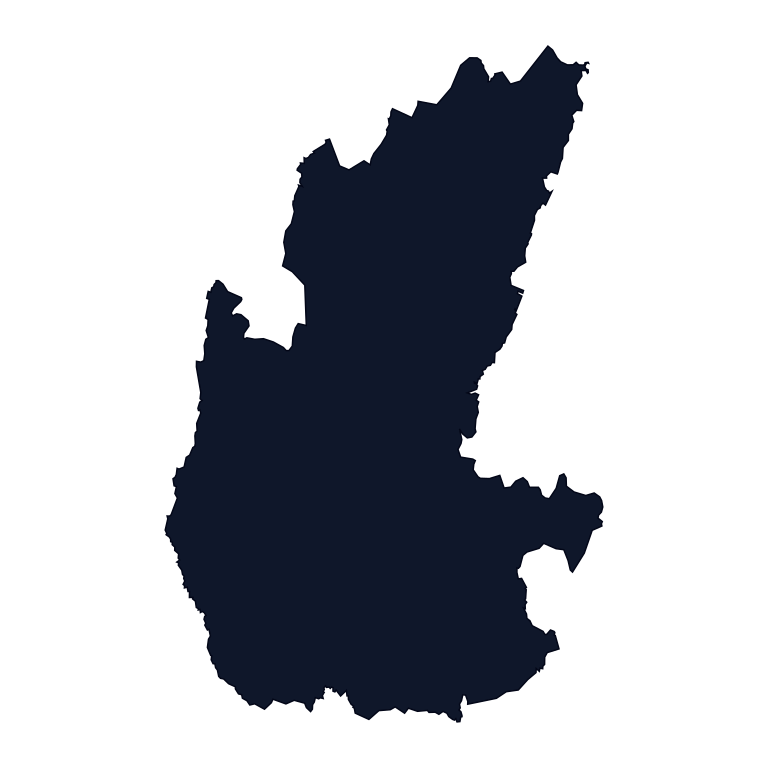 Apatzingán, Michoacán, Mexico (Equal Earth projection)
{"feature_id": "50627088B48290747904109", "entity_name": "Apatzingán", "entity_type": "district", "adm_level": 2, "iso_a3": "MEX", "parent_name": "Mexico", "parent_adm1": "Michoacán", "projection": "equal_earth", "projection_center": [-102.377, 18.969], "detail": "fine", "context": "isolated", "style": "filled", "palette": "ink", "viewbox_px": 768, "rotation_deg": 0, "n_neighbors": 0, "source": "geoboundaries", "source_scale": "gbopen_adm2", "svg_char_len": 6090}
<svg xmlns="http://www.w3.org/2000/svg" viewBox="0 0 768 768"><path d="M572.5,572.1L584.3,553.1L592.2,530.3L601.9,526.0L601.4,523.8L602.3,521.6L598.0,518.1L598.6,515.1L601.4,512.1L602.8,507.0L601.6,500.6L599.7,496.9L594.2,493.0L585.8,495.5L574.1,492.0L566.4,486.2L566.1,477.8L563.8,473.9L559.7,475.7L556.2,488.3L549.3,498.7L545.2,498.0L541.6,495.2L540.2,489.8L538.4,487.3L529.5,487.3L527.3,481.6L523.0,477.7L515.7,481.2L510.9,487.1L504.1,488.0L499.8,475.4L489.4,478.6L480.3,478.3L478.0,476.8L473.2,469.8L473.8,464.2L475.3,460.6L472.8,459.1L460.6,457.1L458.0,449.4L461.0,443.6L461.8,439.6L459.5,428.9L462.6,433.9L467.3,437.9L471.9,437.0L475.9,431.9L475.1,428.7L475.9,418.9L478.3,412.4L477.2,406.5L478.7,401.9L476.2,400.2L478.6,394.8L475.1,393.1L471.4,394.4L467.2,392.9L476.6,389.2L477.6,385.8L475.8,383.4L474.5,383.4L474.3,382.1L477.1,383.3L478.4,378.7L479.8,379.0L480.1,376.5L483.3,374.2L482.4,370.5L485.2,369.3L487.2,366.0L490.4,365.3L492.1,362.4L494.4,362.7L495.0,352.5L499.9,349.2L502.0,346.1L502.4,343.4L504.6,342.9L506.2,337.0L511.7,329.5L512.1,324.5L516.9,314.4L515.2,313.1L516.1,311.0L514.6,309.6L515.0,308.6L516.6,309.7L521.9,296.1L517.4,293.6L518.0,291.2L522.7,293.2L523.5,290.5L511.1,285.4L509.8,277.3L511.4,273.7L511.1,271.4L514.0,271.2L517.4,267.0L525.7,262.2L524.7,255.9L525.3,248.1L528.1,243.9L527.8,242.3L531.4,235.0L531.5,233.6L530.3,233.1L534.5,220.3L534.4,215.5L537.4,209.5L540.2,207.9L540.6,205.7L542.9,203.1L545.5,205.1L552.0,191.3L549.4,193.1L548.5,191.1L546.6,190.4L544.4,186.9L542.5,178.1L546.6,178.1L546.5,175.9L550.8,171.8L557.3,174.0L558.0,172.3L560.6,162.0L562.4,158.5L563.1,147.4L568.4,140.5L568.4,134.2L572.0,128.8L572.7,123.1L573.8,121.6L571.8,115.2L576.6,110.3L581.6,110.6L582.6,103.3L577.4,94.7L576.1,84.8L581.9,76.0L581.1,70.6L586.0,70.5L587.5,73.3L588.3,72.6L588.1,69.8L585.8,68.9L584.9,66.2L586.8,62.8L588.6,63.3L588.1,62.3L585.1,62.7L584.6,64.7L582.9,65.1L578.8,64.9L576.1,62.3L573.1,64.8L567.4,64.9L560.7,61.8L557.1,57.9L552.6,50.0L547.9,46.1L520.4,81.1L510.4,84.1L502.1,72.1L494.8,73.9L495.0,75.1L492.6,78.5L491.4,78.5L490.6,81.2L488.1,81.7L488.6,76.8L483.8,68.7L483.5,65.6L481.2,63.0L480.9,60.5L477.2,57.9L469.6,57.8L460.7,65.3L451.2,88.0L436.8,104.8L418.1,101.3L417.8,105.4L412.0,117.7L392.5,108.7L391.0,111.9L390.8,115.9L389.3,119.0L388.4,118.7L389.3,124.8L386.5,129.9L387.2,131.3L386.6,135.2L381.1,144.4L373.9,153.5L371.3,159.0L370.2,164.9L364.0,160.8L349.0,169.9L339.6,165.9L329.5,139.1L325.5,140.3L326.2,142.2L325.1,144.2L313.2,151.5L314.5,153.1L310.6,154.5L308.4,157.5L305.9,158.5L304.1,157.7L304.3,163.4L300.4,163.0L300.7,164.4L297.4,168.7L297.1,170.2L301.7,173.3L301.9,177.0L300.1,179.2L299.9,182.5L302.4,186.5L298.5,185.1L298.9,186.5L294.8,195.7L294.3,200.9L293.1,201.1L292.9,204.8L294.4,211.6L291.3,223.8L285.8,230.9L283.8,242.3L285.8,253.5L282.6,265.9L292.3,271.7L304.8,285.1L306.3,325.5L298.2,323.6L295.4,328.1L292.9,336.9L292.3,346.1L288.9,350.6L286.2,350.6L283.4,347.5L273.4,342.0L263.5,338.7L254.8,339.3L246.8,337.8L244.4,339.1L243.5,337.3L243.9,333.3L249.0,325.9L248.2,320.8L241.0,314.7L236.6,313.8L232.6,315.9L231.2,312.9L233.8,308.2L240.7,301.6L241.8,299.4L241.4,297.7L227.6,291.6L223.0,284.2L218.5,280.6L216.1,280.7L216.0,282.6L214.1,284.5L213.7,286.8L211.8,287.8L210.8,292.3L208.2,291.4L206.7,298.4L209.3,299.3L205.5,318.0L208.1,319.5L207.8,325.8L206.2,330.5L208.4,337.6L205.8,339.3L204.2,345.5L204.8,353.8L203.8,360.7L200.7,362.1L196.5,361.3L196.4,366.9L200.8,392.5L200.1,398.7L202.1,400.5L199.8,402.1L197.9,408.3L198.5,410.4L199.8,409.8L200.8,413.0L196.7,423.4L197.1,431.1L195.4,432.6L194.9,435.9L195.3,443.5L194.8,446.3L192.8,447.6L189.7,455.1L186.2,457.4L184.1,467.0L179.0,469.1L177.1,468.3L176.3,474.6L175.0,477.3L173.0,478.7L174.1,485.8L176.4,486.6L174.9,493.6L177.4,498.0L171.1,514.8L169.6,516.1L167.1,516.0L167.8,518.8L165.2,530.1L166.8,533.4L166.1,534.7L169.2,536.9L170.6,539.0L170.7,541.7L172.3,542.2L172.2,544.7L174.8,547.0L174.7,550.4L178.6,553.8L178.2,558.1L179.7,560.0L176.8,562.1L178.8,563.0L178.3,565.2L181.8,570.2L182.5,574.4L184.1,576.1L183.7,578.5L184.8,581.0L183.1,584.4L184.6,585.6L184.4,587.9L187.2,587.2L188.0,591.5L189.5,591.5L189.4,597.5L192.9,597.4L192.6,598.9L195.4,601.2L196.3,607.5L198.4,608.6L198.2,610.0L200.1,609.5L200.4,612.5L202.2,611.5L204.1,612.5L206.0,615.5L204.7,616.4L204.0,619.3L205.8,623.2L204.8,625.1L207.4,630.0L209.0,629.3L210.4,636.1L208.5,639.2L207.4,647.5L210.7,655.4L211.7,655.8L211.2,659.8L213.1,663.7L214.9,663.8L215.6,667.7L217.4,670.0L218.7,676.4L220.5,678.3L223.6,678.9L228.6,683.7L235.4,686.8L235.4,688.9L238.5,693.9L241.7,694.7L242.4,698.2L246.9,700.7L249.8,705.0L254.7,703.8L264.5,709.2L271.4,702.7L272.9,699.2L285.9,703.9L294.2,700.3L304.7,703.2L306.4,707.6L310.6,711.6L312.4,709.2L312.6,704.7L314.3,702.0L315.3,697.6L318.7,698.8L320.4,697.8L323.2,698.5L322.4,695.5L324.2,692.4L323.2,691.8L324.3,689.4L323.8,687.8L325.5,685.9L326.4,687.4L329.2,687.1L330.2,688.4L331.5,687.1L333.0,687.6L333.0,691.2L334.9,691.9L336.1,690.1L340.6,696.0L346.4,690.4L347.0,695.9L348.3,695.9L348.4,699.4L351.2,704.4L353.6,706.0L352.9,707.2L354.3,708.2L355.2,713.1L368.9,719.4L378.9,710.6L390.3,709.7L395.2,706.9L404.6,713.2L408.4,708.2L417.5,711.3L427.4,710.4L429.0,712.4L435.2,712.2L438.9,714.3L443.0,711.4L446.9,713.2L448.8,716.6L452.6,719.4L454.5,720.1L455.8,718.7L457.0,721.9L459.9,721.6L460.7,717.1L462.0,716.7L462.0,715.6L460.9,711.7L459.0,710.0L460.2,707.9L459.5,704.1L461.5,700.7L462.8,694.8L465.6,695.1L467.8,701.4L467.7,704.2L496.4,698.3L506.3,691.7L518.3,690.0L527.7,679.6L536.0,672.6L536.2,668.5L539.3,671.3L539.9,668.2L542.7,668.7L542.8,666.3L544.6,664.4L544.7,657.2L547.2,652.6L559.0,648.9L555.3,635.6L554.3,635.2L554.8,632.4L554.0,631.4L550.5,630.0L546.7,634.4L544.9,634.5L543.1,631.4L532.2,625.7L529.9,620.7L526.9,618.4L526.5,614.0L523.4,607.9L525.3,608.7L525.1,604.6L526.7,602.2L524.6,600.0L525.6,598.8L526.2,589.6L525.1,588.3L526.4,587.4L521.6,578.4L518.3,578.9L516.9,572.3L517.0,567.8L518.4,568.3L520.0,566.5L522.9,555.4L527.0,552.0L539.1,548.3L543.7,543.3L556.1,548.7L563.8,549.7L568.1,560.6L570.3,570.0L572.5,572.1Z" fill="#0f172a" stroke="#020617" stroke-width="1.5"/></svg>